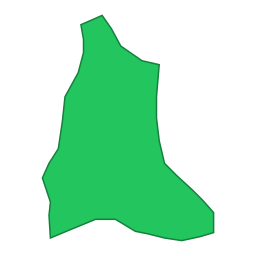 Palaiosofos, Cyprus
{"feature_id": "46923920B16450205187108", "entity_name": "Palaiosofos", "entity_type": "district", "adm_level": 2, "iso_a3": "CYP", "parent_name": "Cyprus", "parent_adm1": "", "projection": "orthographic", "projection_center": [33.209, 35.319], "detail": "fine", "context": "isolated", "style": "filled", "palette": "green", "viewbox_px": 256, "rotation_deg": 0, "n_neighbors": 0, "source": "geoboundaries", "source_scale": "gbopen_adm2", "svg_char_len": 526}
<svg xmlns="http://www.w3.org/2000/svg" viewBox="0 0 256 256"><path d="M50.4,238.0L72.9,228.6L95.5,219.3L115.4,219.3L135.3,231.3L148.6,234.0L164.5,238.0L181.8,240.6L200.3,236.6L213.6,232.6L213.6,212.6L203.0,200.6L192.4,190.0L176.4,175.3L164.5,163.3L159.2,140.7L156.5,118.0L156.5,96.7L159.2,64.7L141.9,60.7L120.7,46.0L111.4,28.7L102.1,15.4L80.9,24.7L83.5,39.4L83.5,52.7L78.2,72.7L65.0,96.7L62.3,122.0L58.3,148.7L49.0,163.3L42.4,178.0L50.4,202.0L49.0,215.3L50.4,238.0Z" fill="#22c55e" stroke="#15803d" stroke-width="1.5"/></svg>